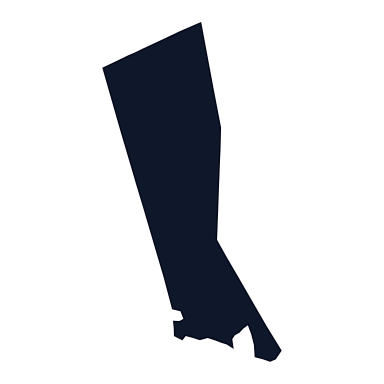 Jupi, Pernambuco, Brazil
{"feature_id": "56859067B99038374336772", "entity_name": "Jupi", "entity_type": "district", "adm_level": 2, "iso_a3": "BRA", "parent_name": "Brazil", "parent_adm1": "Pernambuco", "projection": "equal_earth", "projection_center": [-36.381, -8.72], "detail": "fine", "context": "isolated", "style": "filled", "palette": "ink", "viewbox_px": 384, "rotation_deg": 0, "n_neighbors": 0, "source": "geoboundaries", "source_scale": "gbopen_adm2", "svg_char_len": 783}
<svg xmlns="http://www.w3.org/2000/svg" viewBox="0 0 384 384"><path d="M280.8,350.6L265.8,326.2L237.1,276.4L226.1,257.6L219.8,246.3L216.3,240.0L217.7,202.6L218.2,187.4L218.6,178.0L219.2,161.8L219.8,148.9L220.3,127.6L212.9,89.1L200.6,23.0L180.3,31.8L155.8,43.4L143.7,49.0L134.0,53.7L128.7,55.9L112.4,63.8L103.2,68.1L121.4,131.7L133.6,173.0L136.8,184.0L140.0,194.6L143.5,206.2L164.5,277.6L172.7,308.6L181.0,310.6L184.3,319.2L179.6,321.8L173.8,321.5L174.5,328.0L174.7,335.6L182.2,339.4L185.4,335.2L193.1,337.2L199.8,339.4L207.7,337.2L215.3,339.7L220.8,341.8L227.0,343.8L232.7,347.4L231.5,339.0L234.3,334.7L238.9,332.2L242.9,328.0L248.2,324.0L251.9,334.0L254.7,345.0L255.4,356.6L262.6,358.4L270.1,361.0L275.2,358.8L280.8,350.6Z" fill="#0f172a" stroke="#020617" stroke-width="1.5"/></svg>